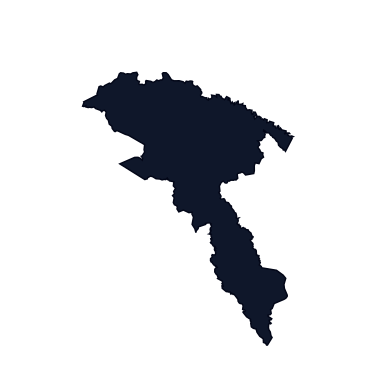 Vinces, Los Rios, Ecuador, rotated 117°
{"feature_id": "8360857B65824722348178", "entity_name": "Vinces", "entity_type": "district", "adm_level": 2, "iso_a3": "ECU", "parent_name": "Ecuador", "parent_adm1": "Los Rios", "projection": "natural_earth1", "projection_center": [-79.685, -1.523], "detail": "fine", "context": "isolated", "style": "filled", "palette": "ink", "viewbox_px": 384, "rotation_deg": 117, "n_neighbors": 0, "source": "geoboundaries", "source_scale": "gbopen_adm2", "svg_char_len": 6009}
<svg xmlns="http://www.w3.org/2000/svg" viewBox="0 0 384 384"><g transform="rotate(117 192 192)"><path d="M242.9,145.2L244.8,144.3L245.7,143.0L245.1,142.4L246.0,141.6L247.1,139.4L246.9,137.5L247.5,137.4L247.2,136.3L247.8,135.4L248.3,136.1L250.4,136.6L252.9,135.4L254.3,133.1L254.6,131.7L256.0,130.4L256.1,129.5L257.5,129.9L257.6,124.6L259.5,123.3L260.1,123.6L260.3,122.7L261.7,122.7L261.5,122.1L262.1,122.3L262.2,121.7L262.6,122.2L264.1,121.3L265.2,116.2L264.3,115.1L264.7,114.5L263.8,112.7L265.0,111.4L264.4,111.3L264.7,110.2L264.1,110.3L264.4,108.4L264.0,108.0L266.7,102.4L268.4,101.3L269.4,99.6L269.5,98.5L268.9,96.9L269.3,95.8L270.3,94.7L273.6,93.6L273.7,92.3L273.1,91.7L273.7,90.5L274.6,90.6L275.4,92.0L276.0,91.9L278.4,86.7L278.9,82.0L280.3,81.6L280.9,80.3L282.2,80.1L285.2,77.9L285.6,75.5L285.0,72.7L287.5,70.3L289.8,66.1L290.4,61.9L293.6,60.0L293.4,57.7L294.5,56.1L294.1,55.3L285.3,54.6L284.1,56.5L281.2,58.7L279.7,61.1L278.2,62.3L275.2,63.6L274.1,63.4L273.8,62.1L273.0,61.9L272.6,63.8L271.2,65.0L269.9,63.5L268.7,63.4L268.3,67.6L267.3,68.4L265.7,66.6L264.3,66.3L261.1,68.6L259.4,67.7L254.1,68.2L246.0,61.4L244.1,60.2L241.9,59.8L240.7,60.3L236.0,65.9L232.7,68.1L226.4,69.3L224.7,73.1L223.4,81.2L227.9,95.4L226.9,96.5L226.5,98.9L223.7,99.2L223.2,100.2L222.4,100.4L222.6,101.1L222.0,101.8L221.0,101.5L220.1,102.9L218.6,103.4L219.0,103.8L218.5,104.6L218.8,106.0L215.2,108.1L214.4,109.3L214.8,110.2L214.3,112.8L212.9,112.8L211.8,113.9L211.0,113.8L210.2,114.5L209.4,117.1L208.3,118.3L206.6,117.2L205.7,117.7L205.1,117.1L204.2,117.2L203.9,118.8L201.8,120.9L201.3,123.6L200.3,124.7L201.0,127.1L200.3,128.4L200.6,129.1L200.4,130.2L202.1,131.6L201.7,133.0L200.4,133.3L200.4,135.3L199.5,135.4L200.1,136.8L199.8,137.5L196.8,137.7L194.9,139.0L194.1,138.7L195.2,140.2L195.0,141.0L193.4,141.2L191.0,143.2L190.8,145.0L189.5,146.5L188.4,149.4L186.6,150.6L186.7,151.5L185.0,154.7L185.7,157.5L183.8,159.5L183.5,160.5L185.2,162.7L184.8,163.9L182.5,164.3L180.2,167.9L178.6,167.5L174.3,170.3L170.2,170.3L168.3,169.3L168.0,168.9L168.8,167.0L168.6,165.7L167.8,164.9L166.0,165.0L165.2,163.5L164.0,163.0L162.5,160.1L161.4,159.4L161.4,158.3L159.0,157.5L155.8,159.7L154.6,159.6L152.7,157.3L151.7,157.1L151.4,155.0L152.5,152.0L147.5,145.4L144.8,146.1L140.2,148.5L137.3,148.9L136.3,145.2L130.9,145.4L128.5,144.1L126.8,145.9L125.0,146.5L125.3,149.1L123.8,150.6L122.6,153.2L121.2,153.8L119.7,153.1L118.8,153.3L117.4,154.7L116.8,156.7L114.5,153.6L111.2,153.0L110.3,152.0L108.7,153.0L107.8,152.8L107.0,153.6L105.9,153.6L105.4,154.6L105.5,155.8L104.4,156.2L104.3,154.6L105.4,152.2L104.6,151.2L104.5,149.9L105.7,147.7L105.8,145.8L106.6,144.8L106.6,142.8L108.3,139.9L108.6,137.9L111.0,136.1L111.9,133.6L112.2,130.8L113.1,129.7L112.4,129.2L112.5,128.6L113.3,127.2L98.8,127.1L98.2,128.2L96.7,127.0L96.8,128.6L98.0,130.3L97.9,132.6L96.6,133.0L95.6,131.5L95.3,132.1L96.2,133.9L98.5,136.2L95.9,135.4L94.9,135.9L95.9,140.0L94.9,142.2L96.4,142.2L96.6,142.7L96.4,143.3L94.5,144.1L93.7,145.1L94.8,146.0L95.7,144.9L97.1,146.2L95.5,148.1L96.2,148.9L96.2,149.8L93.1,150.7L93.8,154.9L95.0,154.9L96.2,156.9L93.6,157.8L93.9,160.7L95.2,160.8L94.9,162.3L95.6,163.7L95.2,164.6L94.3,164.4L94.1,166.5L95.3,168.2L98.4,169.2L96.7,171.2L94.4,169.1L92.2,171.8L93.0,173.8L94.9,173.0L95.7,173.7L94.0,175.4L92.0,175.7L92.7,178.2L94.0,179.9L92.4,182.7L90.9,183.7L91.9,186.3L90.2,186.9L91.4,187.8L92.9,190.7L89.5,192.3L91.2,192.4L91.9,193.3L93.1,192.8L95.1,193.9L93.3,194.6L94.6,195.3L93.6,196.9L95.0,196.9L95.5,197.5L93.4,199.3L93.5,201.7L92.3,201.6L91.9,200.4L91.4,200.8L91.3,204.4L95.0,205.0L94.7,208.1L93.6,209.5L94.0,210.3L93.0,212.2L94.0,214.5L96.2,213.2L95.8,215.3L96.8,218.5L98.3,217.3L99.5,217.1L101.3,218.2L101.1,219.6L102.6,219.2L102.7,220.6L101.4,221.6L102.2,223.2L102.3,226.1L103.1,227.3L101.7,228.5L99.3,228.2L98.3,229.1L98.1,230.1L96.8,230.8L95.1,235.4L96.6,237.1L96.2,239.8L94.5,241.5L93.5,241.4L93.2,242.2L94.0,244.1L95.3,245.4L95.9,247.4L98.4,247.7L97.8,249.9L98.7,253.9L101.1,258.5L101.4,261.2L98.2,266.6L97.5,269.1L98.8,271.8L100.0,272.2L103.6,269.2L105.9,269.7L106.5,271.0L108.0,272.0L108.2,274.2L110.5,275.1L112.1,276.5L112.1,278.9L113.5,283.4L114.3,283.6L116.5,282.3L118.6,283.4L118.6,285.1L120.1,287.8L119.5,288.7L117.4,289.1L117.6,291.0L117.1,292.4L114.5,293.6L112.1,293.5L110.5,295.6L112.7,298.8L114.7,300.2L116.0,303.3L117.3,304.7L117.2,307.0L118.2,309.7L119.7,310.4L124.6,309.8L127.2,311.8L131.6,313.1L132.4,313.6L132.5,315.0L136.8,318.1L138.8,318.8L139.0,321.4L140.3,322.6L147.7,321.2L148.4,320.3L160.8,329.4L161.1,328.9L165.2,328.4L164.9,327.0L163.3,325.8L164.4,325.3L163.9,322.9L163.0,321.8L162.3,319.7L160.6,317.8L161.4,315.9L160.8,310.7L161.5,308.8L160.2,308.6L158.8,307.0L159.8,304.7L163.1,303.7L165.1,301.5L166.0,299.1L169.1,296.5L169.7,293.3L171.6,291.9L173.2,288.6L172.8,287.6L171.6,287.2L171.2,285.7L170.9,277.6L170.3,274.3L171.3,255.7L176.1,253.9L177.9,252.3L182.6,252.8L183.2,253.4L184.3,251.2L186.2,250.8L185.5,253.3L185.6,255.8L187.2,258.8L199.7,269.1L202.3,239.7L200.5,237.8L199.4,238.1L196.6,236.1L196.2,233.8L196.5,230.1L195.0,226.5L194.8,224.2L193.2,222.3L193.1,221.4L190.8,220.4L191.2,219.7L191.4,220.2L192.1,219.8L191.8,218.3L192.3,217.1L191.1,212.8L195.0,211.4L196.2,208.3L199.8,208.6L201.3,207.0L202.1,207.0L204.0,207.7L205.1,205.3L209.9,203.8L211.3,201.9L211.2,199.2L212.5,198.0L213.9,197.7L215.7,194.7L212.0,191.5L211.8,185.4L210.0,182.8L211.8,181.9L213.7,179.3L220.8,177.2L223.4,172.8L226.4,170.1L224.7,170.6L221.9,169.9L220.2,170.5L214.7,165.2L214.0,165.8L212.6,164.2L211.5,162.3L211.7,160.3L212.7,160.5L213.0,159.6L214.2,158.8L216.0,159.2L217.4,157.8L217.7,158.3L218.1,157.4L219.8,157.6L220.6,156.7L221.6,157.6L221.1,155.5L222.4,155.2L224.2,153.4L225.1,154.1L225.9,153.4L225.8,152.5L227.4,152.5L228.0,152.0L228.6,152.5L229.1,151.7L229.1,150.7L230.4,148.6L230.2,146.9L230.9,147.0L231.1,145.9L231.3,146.3L232.8,146.1L233.0,145.2L233.7,145.2L233.7,144.2L234.2,144.4L235.6,143.1L237.4,142.8L238.2,143.9L238.6,145.5L239.6,145.5L240.9,144.3L242.9,145.2Z" fill="#0f172a" stroke="#020617" stroke-width="1.5"/></g></svg>